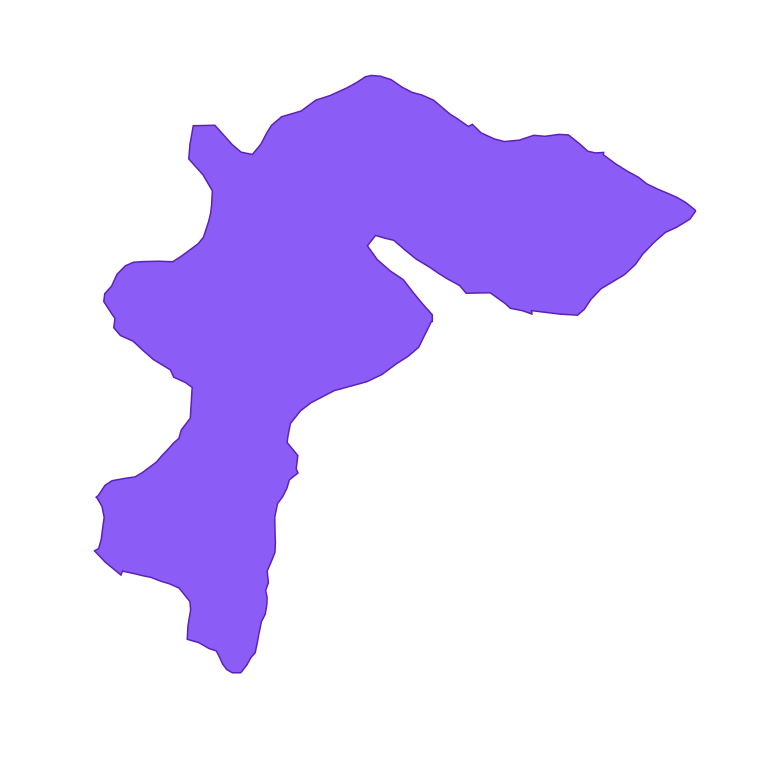 Tovuz District, Tovuz, Azerbaijan, rotated 7°
{"feature_id": "54616110B84187356839814", "entity_name": "Tovuz District", "entity_type": "district", "adm_level": 2, "iso_a3": "AZE", "parent_name": "Azerbaijan", "parent_adm1": "Tovuz", "projection": "natural_earth1", "projection_center": [45.767, 40.907], "detail": "fine", "context": "isolated", "style": "filled", "palette": "violet", "viewbox_px": 768, "rotation_deg": 7, "n_neighbors": 0, "source": "geoboundaries", "source_scale": "gbopen_adm2", "svg_char_len": 2603}
<svg xmlns="http://www.w3.org/2000/svg" viewBox="0 0 768 768"><g transform="rotate(7 384 384)"><path d="M573.8,127.4L565.6,128.9L557.8,128.1L548.8,121.7L536.7,114.3L527.3,114.9L513.8,118.5L502.4,118.9L488.5,125.5L473.8,128.7L463.6,127.3L449.7,122.9L440.0,115.5L436.4,118.1L423.2,111.1L416.6,108.1L406.9,101.7L398.7,96.3L386.3,92.5L376.2,91.1L365.6,87.1L354.1,81.1L342.9,78.9L340.9,79.0L333.8,79.3L328.1,81.3L320.1,88.1L310.9,94.7L295.3,104.3L281.8,110.5L268.5,123.1L249.8,131.2L240.9,140.9L237.3,148.4L232.6,160.9L225.4,172.2L213.9,171.3L204.3,165.0L184.6,147.8L163.2,150.9L162.2,170.0L162.8,184.4L178.9,198.5L190.1,213.2L191.1,227.6L191.1,235.7L190.1,244.2L186.9,260.3L182.5,267.4L167.0,282.1L159.4,288.4L145.3,289.6L130.4,291.8L120.5,293.7L113.0,298.1L105.7,307.5L101.7,320.0L95.8,328.5L95.8,334.8L95.8,336.3L105.3,347.6L109.0,351.7L108.9,361.1L116.5,368.0L129.7,372.1L140.2,379.7L152.1,387.8L170.2,396.0L174.5,402.9L186.7,406.7L194.0,410.8L194.6,420.2L195.9,441.5L188.4,454.3L187.0,463.0L182.3,468.2L178.7,473.6L172.2,482.3L167.7,489.1L161.6,495.0L154.4,501.8L148.3,506.5L138.8,509.1L125.9,513.1L119.4,518.6L114.1,529.4L112.1,531.4L113.2,532.3L118.9,539.7L122.5,550.4L122.3,562.9L122.3,572.6L120.8,582.1L117.0,584.9L129.2,594.9L146.2,605.7L147.2,601.6L158.6,602.6L169.1,603.8L175.9,604.3L186.4,606.9L195.5,608.5L205.4,611.5L210.7,616.6L217.9,623.6L219.6,631.9L218.9,647.7L219.8,661.4L231.4,663.2L242.6,667.9L250.0,669.3L254.4,675.7L257.8,681.4L262.7,686.6L268.6,689.1L276.8,688.1L277.4,687.5L282.3,679.2L285.2,671.8L288.9,666.5L289.8,656.1L290.2,648.2L291.3,634.8L294.2,626.9L294.6,617.7L294.0,610.1L291.7,603.2L293.5,595.4L290.8,583.9L293.5,575.0L296.3,564.5L295.6,555.0L294.4,547.6L291.8,529.6L292.9,515.7L297.1,508.3L300.3,499.4L301.8,490.6L309.5,482.8L307.2,478.9L307.2,465.5L295.0,453.9L295.0,448.1L295.9,434.7L304.4,420.8L313.8,411.5L335.3,396.7L366.7,383.8L380.7,374.9L393.4,362.8L404.6,353.5L414.0,343.2L417.7,332.5L420.7,324.1L423.3,316.4L424.4,316.1L423.5,309.4L412.3,299.6L402.0,289.8L390.4,278.1L376.2,270.9L362.1,261.3L350.7,248.9L357.5,237.6L367.2,239.2L376.2,240.2L388.9,248.7L400.7,256.1L414.6,262.3L425.4,267.9L434.6,272.1L447.1,277.1L454.5,283.9L478.3,280.5L494.5,289.4L500.0,293.4L512.5,294.4L522.3,296.5L521.6,293.2L536.9,293.2L550.3,293.2L567.7,292.1L573.7,285.5L579.1,274.7L587.8,263.0L609.3,246.2L618.9,234.8L624.9,223.7L634.7,210.6L644.9,199.2L655.4,192.7L667.6,183.0L672.2,174.5L671.4,173.3L661.4,167.1L652.6,163.3L641.1,159.8L631.4,157.1L620.3,153.3L611.4,147.8L599.7,143.2L587.1,137.3L573.7,129.7L573.8,127.4Z" fill="#8b5cf6" stroke="#5b21b6" stroke-width="1.5"/></g></svg>